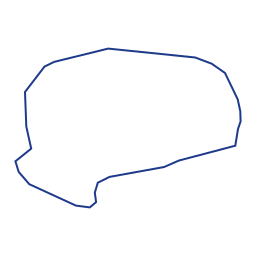 map outline of Horjul (Mercator projection)
{"feature_id": "SVN-250", "entity_name": "Horjul", "entity_type": "Municipality", "adm_level": 1, "iso_a3": "SVN", "parent_name": "Slovenia", "parent_adm1": "", "projection": "mercator", "projection_center": [14.289, 46.02], "detail": "fine", "context": "isolated", "style": "outline", "palette": "blue", "viewbox_px": 256, "rotation_deg": 0, "n_neighbors": 0, "source": "natural_earth", "source_scale": "10m", "svg_char_len": 417}
<svg xmlns="http://www.w3.org/2000/svg" viewBox="0 0 256 256"><path d="M89.8,207.4L75.9,205.6L29.3,184.2L18.7,171.9L15.4,161.3L31.2,148.6L26.3,126.5L25.0,92.0L44.5,66.6L54.1,61.9L108.1,48.6L195.2,57.5L211.7,63.7L225.0,73.0L237.7,99.3L240.3,111.3L240.6,121.4L238.0,129.0L235.3,145.7L179.0,160.5L164.1,167.0L109.5,176.9L97.8,182.7L94.8,192.7L96.1,202.1L89.8,207.4Z" fill="none" stroke="#1e3a8a" stroke-width="2"/></svg>